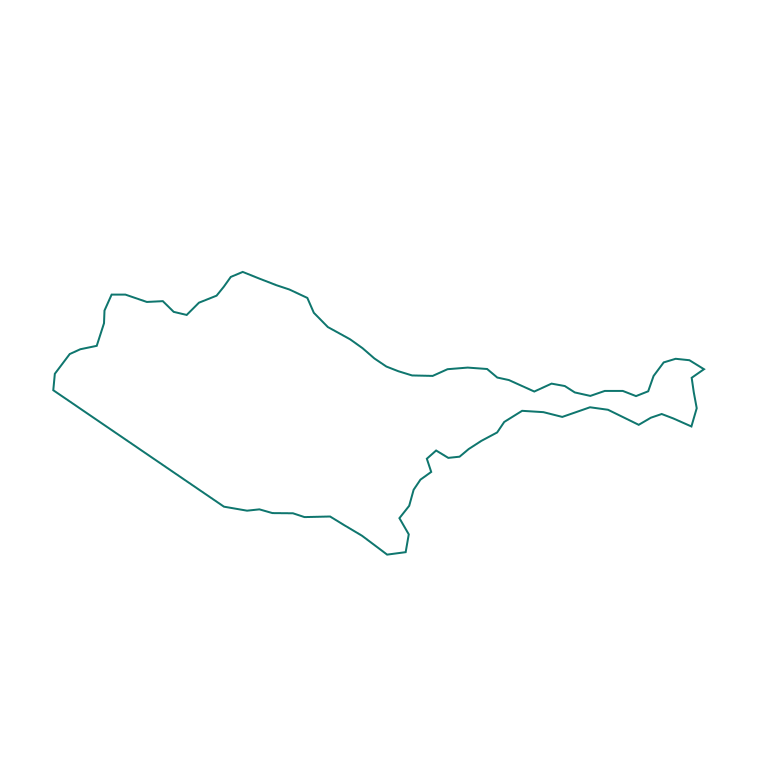 Canas, São Paulo, Brazil (Albers equal-area conic projection), rotated 304°
{"feature_id": "56859067B22920449697894", "entity_name": "Canas", "entity_type": "district", "adm_level": 2, "iso_a3": "BRA", "parent_name": "Brazil", "parent_adm1": "São Paulo", "projection": "albers", "projection_center": [-45.024, -22.743], "detail": "fine", "context": "isolated", "style": "outline", "palette": "teal", "viewbox_px": 768, "rotation_deg": 304, "n_neighbors": 0, "source": "geoboundaries", "source_scale": "gbopen_adm2", "svg_char_len": 1246}
<svg xmlns="http://www.w3.org/2000/svg" viewBox="0 0 768 768"><g transform="rotate(304 384 384)"><path d="M208.4,105.4L193.9,113.3L192.8,319.9L202.4,341.3L210.4,350.8L214.6,363.7L225.9,380.8L229.2,392.5L244.0,413.4L244.7,429.7L245.9,450.6L244.3,482.0L256.7,496.0L273.2,488.6L281.4,471.8L297.1,473.0L312.9,467.7L325.1,467.7L337.5,472.3L346.0,461.3L358.0,464.4L358.7,478.6L366.0,487.3L377.5,490.6L391.3,496.5L407.1,504.9L419.8,504.9L439.0,513.5L449.8,531.9L456.4,550.2L468.4,559.2L479.9,567.8L487.9,584.1L492.6,618.0L505.3,624.1L514.4,631.0L517.2,643.0L520.7,662.6L538.8,656.8L550.3,645.5L561.2,635.6L575.2,641.0L574.5,623.9L568.0,611.7L558.3,603.8L541.4,603.0L525.7,607.1L514.9,599.7L511.8,585.9L501.7,570.9L489.5,561.7L483.7,546.9L483.4,535.0L478.0,522.7L461.8,512.8L457.1,485.3L452.7,474.3L454.1,461.1L444.4,444.2L431.8,428.4L417.9,419.8L406.8,402.5L402.6,388.7L399.8,376.2L399.8,361.7L401.7,346.1L402.1,330.9L399.8,305.6L403.8,286.0L412.5,272.3L409.4,252.6L405.7,239.4L401.7,221.8L397.9,204.2L387.1,197.1L375.1,196.8L363.6,195.8L347.9,185.1L330.9,181.8L326.2,169.3L329.0,154.3L319.4,141.5L313.5,119.6L305.8,108.2L288.6,111.2L277.8,117.9L255.0,124.5L243.0,112.8L233.1,106.7L208.4,105.4Z" fill="none" stroke="#0f766e" stroke-width="2"/></g></svg>